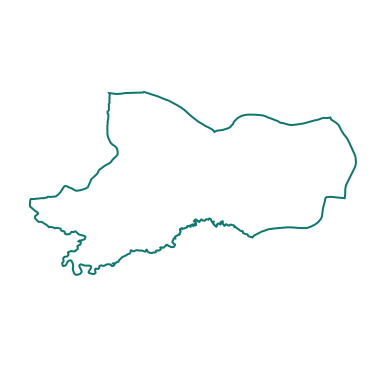 Pathoomphone, Champasak, Laos (Robinson projection), rotated 96°
{"feature_id": "54806243B32788033784925", "entity_name": "Pathoomphone", "entity_type": "district", "adm_level": 2, "iso_a3": "LAO", "parent_name": "Laos", "parent_adm1": "Champasak", "projection": "robinson", "projection_center": [106.187, 14.724], "detail": "fine", "context": "isolated", "style": "outline", "palette": "teal", "viewbox_px": 384, "rotation_deg": 96, "n_neighbors": 0, "source": "geoboundaries", "source_scale": "gbopen_adm2", "svg_char_len": 6116}
<svg xmlns="http://www.w3.org/2000/svg" viewBox="0 0 384 384"><g transform="rotate(96 192 192)"><path d="M103.4,62.1L104.2,64.5L104.4,66.1L104.4,68.0L104.8,69.8L107.3,75.1L107.8,77.1L112.1,88.0L113.9,94.8L115.0,99.9L115.0,102.6L113.9,109.2L113.9,111.4L112.6,113.9L110.4,122.0L110.0,124.2L109.3,125.8L108.5,129.0L108.4,132.2L108.5,136.9L109.0,142.8L109.5,146.0L110.5,149.2L111.2,150.8L113.8,154.5L117.2,157.2L118.1,157.7L120.4,158.5L122.0,159.9L123.1,160.4L124.6,162.3L126.9,167.5L127.4,169.1L128.5,173.9L129.9,176.0L128.4,177.3L127.5,178.9L125.7,183.2L125.2,185.0L121.2,193.4L115.8,202.0L114.5,203.6L111.1,208.3L108.8,212.4L107.1,216.1L103.7,224.4L102.1,230.6L100.6,235.4L97.5,250.3L98.0,250.7L98.2,251.3L100.6,268.9L101.4,271.7L102.4,277.0L102.3,284.8L103.3,284.1L106.6,284.0L107.4,283.7L109.1,283.8L111.9,283.3L113.5,284.0L114.7,283.6L116.3,283.6L118.8,283.2L119.6,283.4L120.7,284.3L121.3,284.4L122.8,284.1L123.5,283.4L124.4,283.1L128.1,283.0L130.8,283.3L132.5,283.0L135.0,283.1L143.6,282.1L146.7,281.0L151.4,278.2L153.2,276.0L154.2,274.0L155.9,271.6L158.4,270.5L160.6,270.0L162.1,269.9L163.0,270.2L164.6,271.3L167.9,274.2L170.2,275.5L171.6,276.6L175.1,281.6L179.8,286.7L183.8,288.2L189.7,293.4L197.9,296.0L198.3,296.3L199.6,298.0L201.3,301.7L202.0,303.6L202.7,306.2L202.8,307.7L201.8,310.5L201.2,311.3L200.4,314.5L199.5,316.6L199.2,318.7L199.8,319.6L200.6,320.1L206.3,323.1L208.6,324.9L210.7,327.0L211.4,331.0L211.8,332.2L211.7,334.5L212.0,335.2L212.8,335.9L213.4,338.4L213.8,339.0L213.8,341.0L214.6,344.0L215.0,346.5L215.5,347.9L215.6,349.9L215.8,351.5L216.8,352.0L222.4,351.9L223.4,351.5L227.5,345.6L228.0,344.1L228.7,343.2L229.8,342.9L230.5,343.5L232.2,345.3L233.2,345.7L234.3,345.4L235.3,344.6L237.6,341.8L237.7,340.4L237.4,339.0L237.6,337.9L238.8,335.8L239.8,333.4L242.0,330.5L241.5,329.4L241.7,328.0L241.6,326.8L242.4,324.5L241.9,323.4L241.8,321.9L242.1,319.4L242.3,318.9L244.0,318.0L244.2,317.6L244.6,314.9L245.1,314.4L246.5,314.1L247.0,313.4L247.3,311.9L246.9,311.0L246.8,309.7L246.2,308.9L244.4,307.9L244.2,305.4L243.3,304.0L243.5,303.4L245.8,300.5L246.2,299.3L246.9,294.4L248.0,293.2L250.2,293.8L251.1,295.8L251.7,296.9L252.1,298.9L252.5,299.5L252.9,299.7L253.3,298.0L253.7,297.3L254.2,297.3L255.4,297.4L256.3,298.0L257.5,300.1L257.9,300.3L259.7,299.7L260.9,299.8L262.1,301.5L262.7,301.6L263.3,302.6L263.5,303.8L263.3,305.8L264.6,308.6L265.2,309.0L267.0,308.3L268.2,308.7L269.2,309.6L269.8,312.0L270.8,312.9L271.8,313.2L272.9,312.7L274.7,312.5L276.4,313.7L277.8,313.3L279.1,312.4L278.5,310.6L278.2,310.0L277.2,309.5L275.0,308.7L273.8,308.0L273.0,306.9L272.7,305.5L272.9,304.9L273.2,304.6L276.0,302.9L278.4,302.4L281.1,302.5L281.8,302.4L285.0,300.8L286.1,299.8L286.5,298.4L286.0,296.5L284.9,294.5L283.5,293.6L282.6,293.5L281.7,293.7L278.9,295.6L277.5,296.3L276.9,296.3L276.2,296.0L275.6,295.2L275.6,294.6L276.4,290.8L276.0,287.4L276.0,285.7L276.2,285.1L277.0,284.5L277.9,284.5L279.5,285.1L281.7,286.3L282.7,286.4L283.2,286.0L283.4,285.4L283.9,282.4L283.9,281.1L283.5,280.4L282.4,279.5L279.7,280.2L278.7,280.2L278.2,279.5L278.4,277.4L278.0,276.8L277.3,276.4L275.7,276.4L275.1,276.1L274.4,274.4L274.8,272.9L274.6,271.9L274.1,270.9L273.0,269.4L272.6,267.8L272.6,265.5L274.0,264.0L274.0,263.3L273.7,262.6L273.1,261.9L272.2,261.7L271.7,262.1L271.4,263.1L271.2,263.0L270.9,262.3L271.2,260.8L269.7,259.7L269.2,258.0L267.4,257.3L263.9,254.4L262.0,251.0L260.8,249.7L259.7,247.5L258.6,246.9L256.8,246.9L256.4,246.7L256.5,245.9L257.0,244.6L257.1,243.8L255.6,241.1L255.8,237.9L255.4,236.2L256.2,232.4L256.1,232.1L255.2,231.6L254.5,231.5L254.2,231.2L254.4,230.7L255.9,229.9L256.5,228.8L256.9,227.6L256.8,225.1L256.1,224.0L256.1,222.7L255.6,221.8L255.1,221.5L254.3,221.6L254.0,221.2L253.7,219.8L253.8,218.9L253.6,218.5L252.7,217.3L252.2,217.1L250.6,217.7L250.2,216.9L250.5,215.1L250.4,214.4L249.1,213.5L248.2,212.3L247.3,212.1L247.2,210.8L248.2,209.5L248.4,208.3L249.0,207.0L248.7,204.7L248.5,204.3L246.4,203.3L245.9,203.5L245.5,204.6L244.7,205.3L244.3,206.0L243.9,206.3L243.1,206.3L242.2,205.8L240.9,205.6L240.2,205.3L239.9,204.7L240.0,203.7L239.6,203.7L238.6,204.2L238.0,204.0L236.9,202.2L236.2,201.4L235.9,200.3L235.6,199.9L234.7,200.2L234.0,199.5L232.1,199.2L231.3,200.0L230.3,200.1L229.1,198.6L229.1,198.2L229.7,198.1L229.8,197.8L229.2,197.1L229.3,196.3L228.4,195.0L227.9,193.4L227.5,193.2L226.7,193.3L226.4,193.0L226.4,192.3L226.1,191.7L226.6,189.9L225.4,190.1L224.9,189.1L225.3,188.2L224.5,188.5L224.2,188.3L224.6,187.3L223.9,186.5L223.9,186.1L224.3,186.0L224.9,186.3L225.1,186.2L225.0,185.6L224.3,184.5L223.8,184.6L222.9,185.1L222.5,184.7L221.7,185.2L221.4,185.5L221.1,186.9L220.8,187.1L219.0,185.8L218.9,185.3L219.5,184.0L220.4,183.5L221.0,181.5L220.7,181.4L220.2,181.9L220.0,181.0L218.4,179.9L218.5,179.3L219.2,178.7L219.2,176.4L218.8,175.8L217.8,175.4L217.5,174.0L217.8,172.8L216.8,172.4L216.5,171.8L217.2,170.3L218.4,169.9L219.9,168.8L219.9,168.3L219.2,167.7L219.2,167.3L219.6,167.3L220.0,167.6L220.6,167.6L220.9,168.0L221.1,167.9L221.6,167.1L222.2,166.9L222.2,166.3L223.7,165.0L224.0,164.3L223.6,163.9L222.9,164.0L222.5,163.6L221.8,163.7L221.0,163.3L220.7,163.0L220.6,162.4L221.3,160.7L221.3,160.3L220.8,160.0L219.2,160.5L218.6,159.9L217.9,158.5L218.6,158.1L219.4,158.3L220.8,157.8L222.2,156.3L221.7,155.7L220.9,155.5L220.5,154.6L220.9,153.4L221.2,153.3L221.6,151.7L221.5,151.3L220.7,150.8L220.4,150.3L220.4,149.7L220.8,148.3L220.7,147.1L221.7,145.8L222.2,146.2L222.5,146.1L222.4,145.3L222.6,144.6L223.8,142.8L224.2,141.8L225.4,140.0L225.7,138.9L225.6,137.7L226.4,137.1L227.2,137.1L227.4,136.8L228.1,135.0L228.2,133.3L228.4,132.5L228.7,132.1L229.6,131.8L229.9,131.4L230.6,128.9L230.6,127.7L230.9,127.2L228.8,125.7L224.1,118.5L221.0,111.9L219.5,105.6L217.1,93.1L216.8,89.1L216.5,79.9L215.9,74.0L213.7,69.6L211.1,65.8L208.6,63.2L204.9,60.8L203.8,60.5L202.3,60.2L194.0,60.0L189.4,59.2L184.1,58.6L183.5,58.2L183.1,57.7L182.3,53.7L182.2,39.5L178.6,39.4L173.9,39.8L171.7,39.8L168.9,39.5L150.7,32.7L149.4,32.3L146.6,32.0L145.7,32.0L140.4,33.0L138.5,33.7L126.7,40.6L122.0,43.8L118.9,46.9L115.0,50.0L110.5,52.9L109.6,53.7L107.9,56.3L105.3,61.3L103.4,62.1Z" fill="none" stroke="#0f766e" stroke-width="2"/></g></svg>